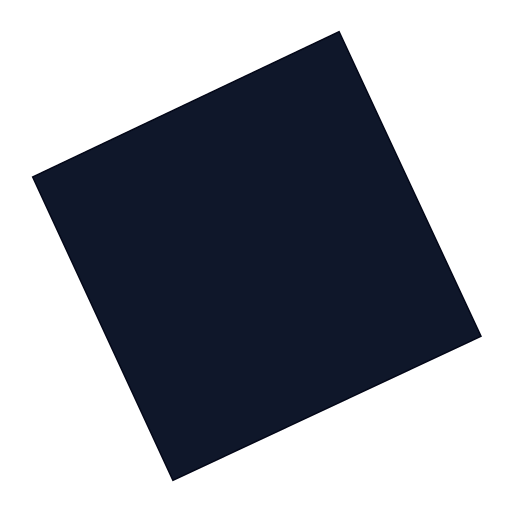 the district of Throckmorton, Texas, United States of America, rotated 245°
{"feature_id": "52423323B71191132614173", "entity_name": "Throckmorton", "entity_type": "district", "adm_level": 2, "iso_a3": "USA", "parent_name": "United States of America", "parent_adm1": "Texas", "projection": "robinson", "projection_center": [-99.173, 33.178], "detail": "fine", "context": "isolated", "style": "filled", "palette": "ink", "viewbox_px": 512, "rotation_deg": 245, "n_neighbors": 0, "source": "geoboundaries", "source_scale": "gbopen_adm2", "svg_char_len": 239}
<svg xmlns="http://www.w3.org/2000/svg" viewBox="0 0 512 512"><g transform="rotate(245 256 256)"><path d="M330.5,426.0L424.2,426.1L422.0,87.0L87.8,85.9L88.2,426.0L330.5,426.0Z" fill="#0f172a" stroke="#020617" stroke-width="1.5"/></g></svg>